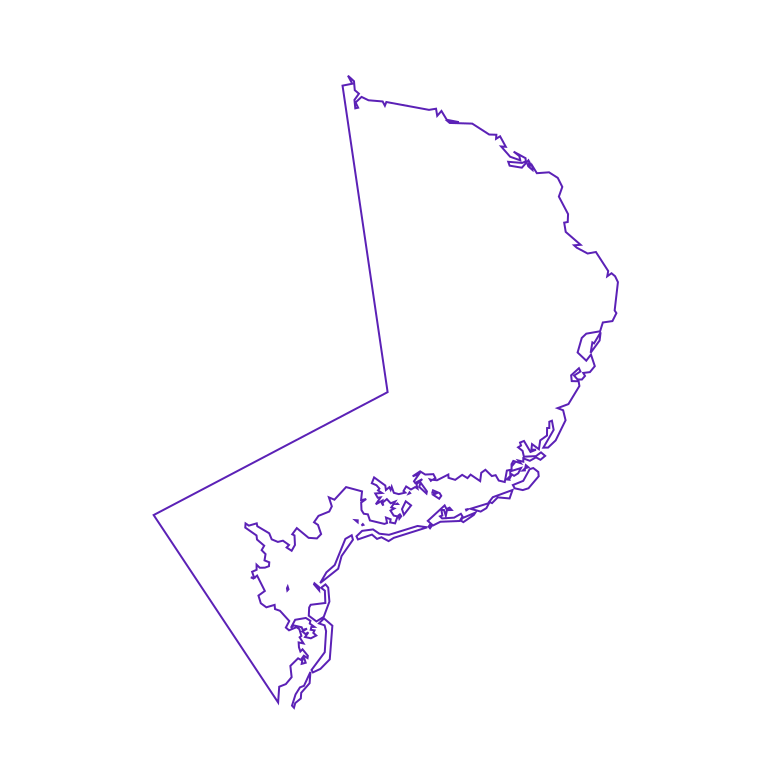 North New Georgia, Western, Solomon Islands (orthographic projection), rotated 83°
{"feature_id": "97153195B59663356998763", "entity_name": "North New Georgia", "entity_type": "district", "adm_level": 2, "iso_a3": "SLB", "parent_name": "Solomon Islands", "parent_adm1": "Western", "projection": "orthographic", "projection_center": [157.587, -8.128], "detail": "fine", "context": "isolated", "style": "outline", "palette": "violet", "viewbox_px": 768, "rotation_deg": 83, "n_neighbors": 0, "source": "geoboundaries", "source_scale": "gbopen_adm2", "svg_char_len": 6187}
<svg xmlns="http://www.w3.org/2000/svg" viewBox="0 0 768 768"><g transform="rotate(83 384 384)"><path d="M82.8,388.8L392.5,381.4L486.0,628.6L687.2,527.9L671.7,524.9L669.9,518.0L663.7,511.4L652.4,511.3L645.8,502.7L647.7,500.2L643.9,496.7L646.7,493.3L644.5,492.7L637.4,497.2L639.3,499.6L635.0,500.5L630.1,500.2L631.7,495.5L625.1,498.6L624.0,496.7L617.0,497.9L614.7,500.4L616.9,508.3L613.8,511.1L607.7,506.9L596.4,514.9L594.1,519.6L589.9,519.5L591.3,528.0L586.6,533.0L578.7,534.4L574.9,527.5L558.7,533.3L561.2,537.3L559.7,539.7L560.5,536.5L554.3,537.8L552.9,533.1L547.8,532.5L551.2,529.7L551.8,524.7L550.8,520.4L547.0,519.6L544.5,524.1L538.4,522.3L534.0,525.7L529.9,522.6L522.9,529.0L518.8,529.0L509.6,539.2L505.5,538.4L508.1,535.4L506.8,527.3L509.7,527.1L518.2,516.1L524.5,514.4L527.8,508.6L527.2,503.4L532.2,497.9L534.4,500.6L538.3,496.0L532.9,492.0L523.4,491.3L522.0,493.4L516.4,488.1L527.5,477.6L529.1,469.4L525.3,464.7L515.8,466.7L512.7,470.3L506.9,465.1L503.9,453.9L499.1,450.7L489.8,452.5L492.8,447.3L481.7,434.2L487.9,418.9L496.5,420.9L496.0,415.7L498.9,421.1L506.4,421.7L510.3,419.9L511.4,415.9L517.7,414.6L522.9,400.7L522.3,397.9L516.8,398.3L519.1,393.9L522.1,394.8L523.7,390.0L517.1,386.6L515.8,390.4L510.4,393.0L508.8,389.0L507.4,391.8L502.0,387.2L503.2,391.9L498.6,395.2L501.6,399.9L504.6,399.5L502.1,400.7L499.5,399.8L502.4,406.8L496.1,401.2L496.1,404.1L491.6,406.0L491.9,399.3L488.9,402.9L487.3,401.3L483.6,403.8L481.0,408.2L475.5,405.2L484.9,395.1L489.4,395.0L487.1,391.3L489.9,390.3L486.9,388.9L493.2,387.5L495.1,382.8L494.4,376.1L492.6,377.7L488.4,374.5L492.0,370.1L490.1,365.6L491.9,363.5L487.5,364.0L483.1,357.6L486.0,365.1L484.2,366.1L477.7,360.2L479.1,366.8L475.1,358.8L478.9,354.1L479.5,346.0L483.7,344.4L485.0,347.4L486.0,343.1L481.7,331.2L485.0,331.4L487.8,325.0L483.7,317.5L487.6,312.6L484.5,309.1L492.1,300.4L484.0,298.3L481.5,293.8L488.5,288.2L488.1,284.3L493.8,281.9L496.0,276.1L484.9,272.6L484.5,267.8L479.1,267.2L476.1,265.0L479.2,258.1L476.3,260.0L478.1,255.2L474.8,254.8L478.0,248.6L475.3,242.1L478.3,238.0L475.0,232.8L471.0,236.5L474.1,242.0L473.2,254.0L467.3,254.6L463.2,258.6L461.8,255.5L458.7,256.1L457.6,252.0L469.3,246.9L467.8,241.2L467.1,245.7L461.7,244.4L467.6,238.2L459.0,235.8L455.0,228.5L447.6,227.5L447.8,225.3L441.6,224.5L440.9,221.8L450.2,221.2L466.6,233.6L467.1,228.9L460.9,220.5L442.1,208.2L431.9,209.4L429.1,214.7L426.4,203.4L409.8,190.3L405.0,190.5L404.0,197.3L398.2,197.2L392.1,188.6L395.5,187.5L398.8,194.3L403.0,191.4L403.7,187.1L400.5,183.5L397.3,184.9L397.3,178.2L392.0,172.6L380.0,175.0L385.5,180.4L376.3,188.0L362.4,182.1L358.7,177.1L358.0,163.1L349.6,159.3L349.4,149.6L342.0,144.7L339.1,146.1L311.4,139.4L305.2,141.5L301.8,144.7L304.3,149.3L299.2,147.7L278.8,157.6L279.3,166.0L272.2,176.1L269.5,178.4L269.8,171.9L255.2,185.1L245.8,185.5L245.6,181.9L237.8,180.6L219.3,187.6L210.1,183.0L200.6,186.4L194.0,194.4L193.4,206.6L185.7,210.1L189.7,210.5L185.6,214.2L183.5,214.7L182.7,213.5L184.7,214.2L185.3,211.3L179.6,213.4L186.1,220.8L182.6,232.7L178.6,233.6L181.4,220.0L180.3,216.1L177.1,216.0L169.2,227.0L174.2,221.9L178.6,221.5L173.8,231.1L162.5,238.8L163.4,234.2L152.3,238.6L154.3,242.9L150.3,242.1L149.2,249.2L136.3,264.7L132.9,287.0L130.9,288.8L133.2,277.7L129.4,289.5L120.0,293.7L124.3,298.5L117.1,298.8L117.4,305.9L104.4,347.3L107.9,349.2L103.4,350.9L100.5,364.8L96.3,371.3L101.1,377.9L106.6,376.0L106.9,378.9L98.4,378.7L92.8,373.5L88.8,377.2L79.8,376.9L73.6,382.2L82.1,378.9L82.8,388.8ZM661.6,489.7L659.0,481.8L650.7,471.4L617.6,464.7L609.4,472.1L613.7,477.7L616.3,472.4L622.2,471.6L643.0,475.5L659.0,490.8L661.6,489.7ZM540.5,398.6L537.9,393.1L531.5,358.5L529.0,368.0L534.3,397.4L532.0,406.9L527.0,412.6L527.1,423.6L531.8,429.9L535.1,428.8L532.0,414.3L536.9,409.8L535.8,405.2L540.5,398.6ZM611.4,480.0L607.8,472.2L593.3,464.7L579.3,464.2L575.8,466.5L578.6,471.3L581.9,467.9L594.2,468.9L594.2,483.7L596.7,485.5L604.8,486.9L611.4,480.0ZM506.2,259.2L505.1,253.3L494.4,241.7L490.1,241.6L485.6,246.1L486.3,249.8L497.1,257.6L500.0,268.4L503.5,266.9L506.2,259.2ZM530.4,352.6L527.6,344.8L529.2,325.5L525.0,322.2L522.2,323.5L525.2,330.7L524.5,342.7L522.2,344.5L521.6,342.1L516.0,342.4L516.4,339.8L522.3,338.7L516.9,336.9L517.3,332.2L514.7,334.0L515.7,337.2L511.9,338.6L525.2,357.2L530.4,352.6ZM573.8,471.6L561.8,452.0L549.6,447.1L534.8,433.8L530.2,434.5L533.0,441.2L557.7,455.0L563.9,464.1L573.8,471.6ZM627.5,487.6L625.4,481.9L622.4,484.5L620.1,483.0L619.0,486.7L616.3,485.7L616.6,482.7L612.7,486.9L610.1,485.9L606.7,490.1L607.2,500.9L614.6,506.1L612.6,503.0L615.4,495.4L618.2,494.6L617.4,490.2L619.6,495.2L622.6,492.5L621.3,489.3L625.5,493.2L627.5,487.6ZM694.4,512.8L689.9,511.0L686.0,504.9L680.4,503.8L671.9,494.3L660.8,492.1L673.8,500.2L674.9,504.4L681.3,509.6L692.0,514.5L694.4,512.8ZM515.4,291.3L510.4,284.9L512.9,273.3L504.9,269.4L509.6,289.8L513.8,294.0L515.4,291.3ZM516.2,380.2L507.8,371.9L503.1,376.7L510.4,381.4L516.2,380.2ZM522.4,303.6L519.7,297.5L515.0,294.2L518.4,313.4L522.4,303.6ZM378.2,175.1L367.1,164.7L359.1,162.7L369.3,170.6L368.1,172.1L378.2,175.1ZM530.8,322.1L524.9,310.8L522.8,309.0L526.7,322.6L528.9,324.4L530.8,322.1ZM491.8,269.9L489.3,268.1L491.0,266.1L489.0,261.7L484.1,258.3L486.1,269.4L491.8,269.9ZM504.6,343.2L502.0,340.8L499.1,342.1L495.5,348.3L497.8,349.3L499.0,345.5L500.0,348.7L504.6,343.2ZM497.9,355.2L495.8,354.5L486.3,359.7L490.4,361.6L497.9,355.2ZM651.7,499.8L651.1,495.7L646.6,496.6L646.4,498.1L651.7,499.8ZM581.0,473.5L577.6,473.3L573.3,477.3L574.3,477.9L581.0,473.5ZM519.6,385.2L517.3,383.0L515.3,384.1L516.2,385.6L519.6,385.2ZM532.8,355.9L530.9,354.2L529.2,355.5L531.0,357.1L532.8,355.9ZM493.7,273.7L494.3,271.2L492.0,271.6L493.7,273.7ZM486.8,256.8L486.9,254.7L485.1,254.5L486.8,256.8ZM515.6,429.2L518.0,427.0L516.1,426.7L515.6,429.2ZM484.8,254.1L484.2,250.9L481.8,253.1L484.8,254.1ZM577.2,505.1L576.1,503.8L573.4,504.3L574.9,505.2L577.2,505.1ZM480.1,266.0L478.7,264.5L478.9,266.3L480.1,266.0ZM521.7,423.5L521.3,421.6L520.5,422.1L521.7,423.5ZM519.4,317.7L518.3,315.4L518.6,317.9L519.4,317.7ZM495.9,372.8L495.5,371.4L494.7,371.9L495.9,372.8ZM504.6,386.3L504.8,384.9L504.2,385.3L504.6,386.3ZM485.8,349.3L485.1,348.1L484.3,350.0L485.8,349.3Z" fill="none" stroke="#5b21b6" stroke-width="2"/></g></svg>